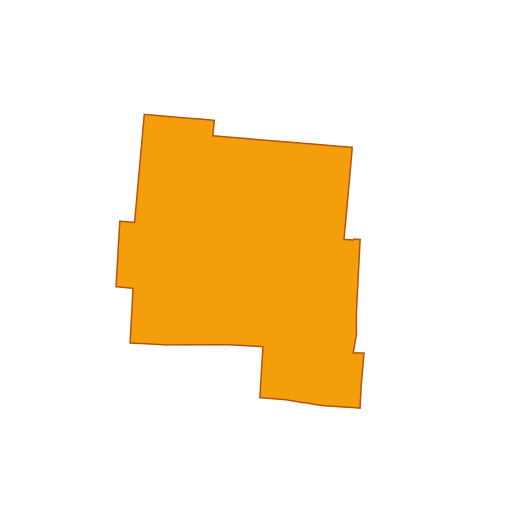 Almirante Brown, Buenos Aires, Argentina (Robinson projection), rotated 126°
{"feature_id": "61730980B85315219245745", "entity_name": "Almirante Brown", "entity_type": "district", "adm_level": 2, "iso_a3": "ARG", "parent_name": "Argentina", "parent_adm1": "Buenos Aires", "projection": "robinson", "projection_center": [-58.367, -34.832], "detail": "fine", "context": "isolated", "style": "filled", "palette": "amber", "viewbox_px": 512, "rotation_deg": 126, "n_neighbors": 0, "source": "geoboundaries", "source_scale": "gbopen_adm2", "svg_char_len": 778}
<svg xmlns="http://www.w3.org/2000/svg" viewBox="0 0 512 512"><g transform="rotate(126 256 256)"><path d="M176.0,348.2L184.1,361.6L170.8,369.5L176.6,379.4L181.0,386.4L190.4,401.8L207.1,429.6L265.8,394.5L300.2,374.0L307.9,386.6L363.1,351.2L354.4,336.5L400.4,306.7L394.0,297.0L381.2,277.1L344.4,226.7L336.7,214.9L325.3,197.1L368.3,169.6L354.7,147.3L349.2,136.0L347.9,133.1L347.0,131.9L346.2,130.7L345.4,129.2L342.8,124.1L342.8,123.5L336.9,112.5L324.6,93.1L321.0,87.5L318.6,83.5L318.0,82.4L300.0,94.1L271.0,111.6L277.2,120.4L260.3,128.7L243.0,141.4L181.4,181.5L184.8,186.8L185.9,186.6L190.8,194.6L143.6,222.7L112.4,241.4L111.6,242.2L119.5,255.0L125.7,265.3L143.7,295.0L158.1,318.5L165.0,330.0L165.2,330.5L176.0,348.2Z" fill="#f59e0b" stroke="#b45309" stroke-width="1.5"/></g></svg>